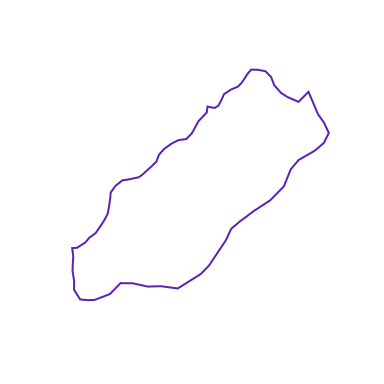 outline of Lapathos, Cyprus, rotated 240°
{"feature_id": "46923920B60691928275078", "entity_name": "Lapathos", "entity_type": "district", "adm_level": 2, "iso_a3": "CYP", "parent_name": "Cyprus", "parent_adm1": "", "projection": "orthographic", "projection_center": [33.833, 35.276], "detail": "fine", "context": "isolated", "style": "outline", "palette": "violet", "viewbox_px": 384, "rotation_deg": 240, "n_neighbors": 0, "source": "geoboundaries", "source_scale": "gbopen_adm2", "svg_char_len": 1060}
<svg xmlns="http://www.w3.org/2000/svg" viewBox="0 0 384 384"><g transform="rotate(240 192 192)"><path d="M147.2,53.8L144.7,70.0L148.8,84.5L142.6,95.0L132.2,106.4L126.0,117.9L115.6,131.4L116.6,158.5L119.8,170.0L128.1,186.7L133.2,197.1L140.5,207.5L142.6,219.0L144.7,236.7L145.7,255.5L150.9,274.3L162.3,288.9L166.4,300.3L166.4,319.1L168.5,330.6L174.7,340.0L186.2,341.0L196.5,340.0L220.5,343.0L216.8,329.3L226.8,322.0L233.4,318.6L243.4,316.6L252.0,318.0L259.9,316.0L265.0,310.0L268.4,304.4L266.3,298.5L264.1,294.6L261.6,289.1L260.3,284.4L261.2,277.1L260.7,268.6L257.8,264.7L253.5,257.9L253.5,253.6L258.2,248.1L253.5,244.6L250.1,233.1L242.9,221.2L240.7,213.5L243.7,206.2L244.1,199.0L243.3,189.6L240.7,181.9L236.1,176.3L233.9,167.4L231.8,157.5L231.4,153.3L234.4,143.9L236.9,137.5L235.6,128.9L232.2,121.3L227.1,117.8L221.2,113.1L215.2,108.0L211.0,101.2L207.6,94.4L204.6,88.0L203.8,80.3L201.6,74.3L201.2,64.5L203.3,60.2L195.3,56.8L188.9,52.5L183.4,49.1L173.6,45.3L166.4,41.0L154.9,41.4L150.6,47.4L147.2,53.8Z" fill="none" stroke="#5b21b6" stroke-width="2"/></g></svg>